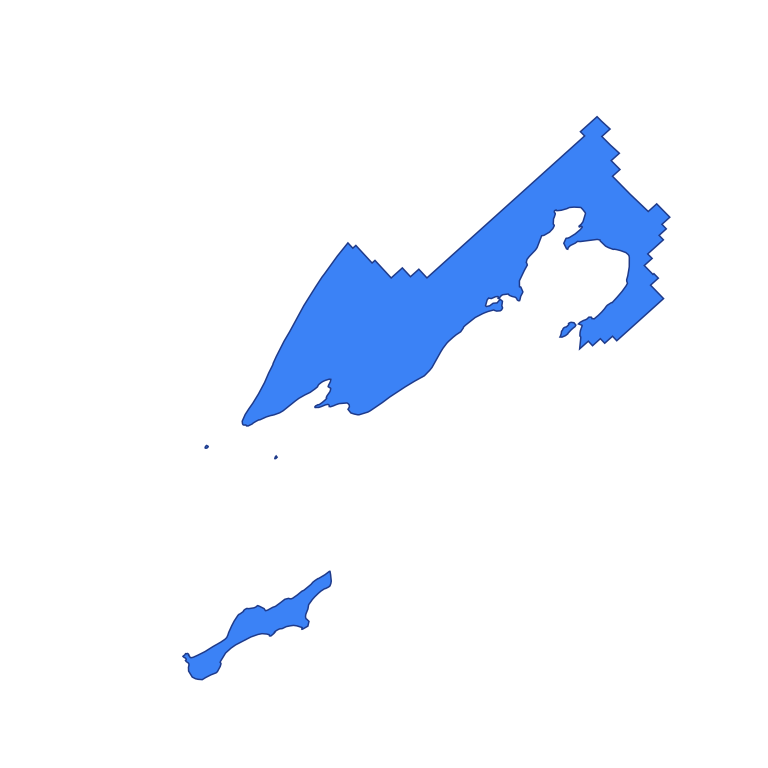 Nome, Alaska, United States of America (Robinson projection), rotated 318°
{"feature_id": "52423323B54983735958036", "entity_name": "Nome", "entity_type": "district", "adm_level": 2, "iso_a3": "USA", "parent_name": "United States of America", "parent_adm1": "Alaska", "projection": "robinson", "projection_center": [-165.641, 64.759], "detail": "fine", "context": "isolated", "style": "filled", "palette": "blue", "viewbox_px": 768, "rotation_deg": 318, "n_neighbors": 0, "source": "geoboundaries", "source_scale": "gbopen_adm2", "svg_char_len": 6112}
<svg xmlns="http://www.w3.org/2000/svg" viewBox="0 0 768 768"><g transform="rotate(318 384 384)"><path d="M451.6,255.0L434.9,257.7L413.1,262.4L409.7,263.0L398.0,266.1L376.9,272.1L348.9,282.0L338.4,285.3L322.3,291.5L315.4,294.5L314.3,295.3L305.6,298.7L296.2,303.0L284.1,307.4L273.6,310.5L267.0,312.0L260.4,313.8L253.7,316.8L252.3,318.8L252.0,319.8L252.4,320.8L253.8,321.9L254.0,322.6L253.8,322.7L253.8,323.2L255.1,324.3L259.3,325.5L260.9,325.5L263.9,326.1L267.1,326.9L267.6,327.5L274.5,329.7L279.3,331.9L279.4,332.1L281.8,333.4L287.2,335.6L291.2,336.4L307.1,337.3L311.2,337.7L318.0,339.2L323.5,340.8L329.8,341.5L332.7,341.6L334.2,340.9L335.5,340.7L338.4,340.9L340.2,341.2L342.7,342.0L346.0,343.5L346.9,344.1L347.6,345.0L345.5,346.5L342.0,347.8L340.7,348.6L341.2,350.6L341.5,351.0L341.5,351.4L341.3,351.8L340.4,352.5L338.8,353.5L333.6,354.7L332.1,355.4L331.9,356.2L330.1,356.5L325.6,356.4L322.3,356.0L321.7,355.8L321.1,355.2L318.5,354.5L317.4,354.7L317.2,354.8L317.1,355.4L319.9,357.8L322.0,358.7L326.7,360.4L328.7,361.6L329.1,362.8L328.7,363.7L328.2,364.1L329.0,365.1L331.9,366.4L334.6,367.3L337.6,368.6L343.8,373.3L344.2,374.7L344.2,376.0L344.0,376.5L342.9,377.9L340.3,378.7L340.0,383.3L341.7,386.3L343.8,389.2L344.9,390.2L353.3,394.1L355.9,394.7L370.5,396.7L379.6,397.5L397.9,400.3L408.8,402.4L419.5,404.9L427.2,404.4L430.8,403.8L447.9,398.0L451.7,396.9L457.9,395.7L460.4,395.5L466.6,395.5L470.6,395.7L475.9,396.5L480.2,395.5L481.3,394.9L483.7,394.8L496.3,395.6L504.3,397.7L506.4,398.4L509.8,399.7L515.1,402.4L515.4,403.3L516.5,405.2L519.4,407.4L520.8,407.6L522.5,407.1L523.1,406.7L523.9,404.7L527.4,401.8L527.0,398.8L522.3,399.4L519.1,397.0L514.9,396.6L512.0,395.0L511.8,393.8L516.8,390.6L519.2,390.1L520.9,392.3L525.4,393.8L527.2,395.2L527.2,395.9L526.1,396.6L526.4,397.3L530.4,396.8L532.0,397.1L536.5,400.2L536.5,402.0L537.8,404.7L539.4,407.0L539.7,407.7L539.8,409.2L539.5,409.9L539.3,410.8L539.6,412.0L540.5,412.8L541.6,412.2L544.3,410.3L548.3,408.8L548.9,408.4L550.4,403.9L550.5,403.3L549.7,402.5L549.8,402.3L553.7,397.9L564.3,393.5L570.1,391.5L570.9,389.8L571.0,388.9L573.6,387.1L577.4,386.4L585.9,385.8L587.9,385.4L589.2,385.0L600.4,379.3L601.7,380.2L602.5,380.6L608.6,381.9L613.4,381.5L614.2,381.2L616.2,380.4L616.7,380.0L616.8,379.8L616.7,378.9L617.1,378.1L620.5,374.7L622.1,374.0L624.7,372.5L625.5,371.7L625.4,370.9L625.7,370.0L626.7,369.3L628.3,369.8L628.1,370.4L629.1,371.4L632.0,373.5L637.1,376.0L639.9,376.9L643.6,379.7L648.4,384.5L648.5,387.1L648.2,391.3L647.7,392.2L640.4,396.6L637.5,397.2L634.5,397.2L634.2,397.8L634.3,398.1L636.3,398.9L636.5,399.6L636.4,400.0L636.0,400.2L633.0,400.6L626.5,400.4L619.8,399.2L618.2,398.6L616.9,397.6L616.1,397.8L611.8,399.7L610.1,405.7L610.7,406.8L612.3,405.9L615.2,405.8L620.5,407.3L623.2,407.5L625.2,409.5L639.2,419.2L640.9,421.5L640.4,422.4L640.9,429.8L642.0,432.7L644.4,437.3L645.3,437.9L646.7,439.6L649.1,443.2L651.7,448.2L652.1,451.2L651.9,452.6L651.0,454.1L644.7,461.0L643.6,461.9L637.7,466.6L634.1,468.9L633.2,470.0L632.3,472.1L629.4,473.1L622.9,474.5L615.3,475.5L608.0,476.2L607.5,475.7L602.8,474.9L601.3,475.0L598.0,475.7L593.9,476.2L589.0,476.4L583.8,476.2L582.3,474.5L582.6,474.2L582.8,473.1L581.0,471.4L578.3,471.5L576.7,471.1L574.6,470.2L571.1,469.4L568.7,469.5L569.2,470.5L570.4,472.7L570.2,473.3L565.8,475.7L564.1,477.0L562.1,479.0L561.7,479.5L561.9,480.1L561.3,481.2L552.9,488.8L564.5,488.9L564.6,495.1L575.1,495.1L575.3,501.4L585.8,501.4L585.9,507.6L648.9,507.6L648.2,488.9L658.7,488.9L658.4,482.6L657.2,482.6L656.7,470.1L667.3,470.1L667.0,463.8L688.1,463.8L687.9,457.6L697.6,457.6L697.4,451.3L708.0,451.3L707.2,432.6L695.8,432.6L693.9,407.5L692.8,382.5L702.9,382.5L702.3,370.0L713.3,370.0L712.1,357.8L711.5,345.8L722.6,345.8L721.5,333.9L721.2,327.9L698.8,327.9L699.1,333.9L486.9,333.9L486.7,322.0L475.5,322.0L475.3,310.0L460.3,310.0L460.0,286.1L456.1,286.1L455.8,262.2L451.7,262.2L451.6,255.0ZM46.7,466.6L45.4,473.5L46.7,476.9L48.2,479.0L51.1,482.1L55.0,482.8L60.7,484.3L66.0,486.3L67.7,486.3L73.3,484.3L75.7,482.8L76.0,482.0L75.9,481.3L76.9,480.7L86.3,477.9L93.6,477.9L99.2,478.6L115.8,482.9L122.8,485.8L126.3,487.9L129.5,491.3L130.9,493.4L130.8,494.0L130.4,494.4L130.6,495.0L131.6,495.6L135.4,495.7L136.1,495.6L135.8,495.4L136.5,495.1L137.6,495.0L140.5,495.5L143.1,496.3L143.3,496.7L144.8,497.7L149.0,498.9L152.4,500.9L155.2,502.8L157.4,505.4L160.2,510.2L160.2,510.3L158.9,511.1L158.9,511.4L159.5,511.7L165.4,513.0L169.4,510.2L169.2,506.9L169.0,506.5L169.1,505.9L169.9,504.5L171.4,503.1L172.6,502.4L176.9,500.3L180.3,497.6L186.6,496.2L190.1,495.8L195.2,495.6L198.7,495.7L201.9,496.2L203.0,496.4L203.7,496.9L207.0,497.8L208.7,497.9L211.0,496.7L212.9,495.2L216.7,490.0L218.5,487.1L218.1,486.7L212.4,486.2L205.0,484.7L204.7,484.4L201.4,483.9L198.5,483.7L195.7,484.1L186.6,483.7L184.2,483.0L178.6,482.8L172.8,482.1L171.4,481.6L171.0,481.3L170.4,480.7L169.6,479.4L166.2,477.6L160.5,477.2L154.5,476.6L151.9,475.5L146.3,474.2L145.3,473.8L144.2,473.1L144.6,470.7L142.8,466.0L141.9,464.2L140.9,464.0L139.5,464.0L137.5,463.3L133.1,460.4L131.9,459.0L130.0,458.5L128.4,458.4L127.9,458.5L127.6,458.9L126.8,458.9L123.2,458.5L122.0,458.1L120.6,458.2L114.1,459.9L109.0,461.8L102.4,464.7L100.0,466.1L97.9,467.0L97.3,467.2L95.0,467.3L89.9,466.6L81.3,464.7L71.6,463.0L64.0,460.9L59.3,459.4L57.6,458.4L57.1,457.8L57.0,457.3L57.4,455.8L57.1,455.1L57.9,454.4L57.9,453.7L57.7,452.8L56.8,452.5L56.5,451.8L56.1,451.6L54.7,452.0L52.6,451.8L52.3,451.9L52.5,453.6L53.0,454.7L53.1,455.4L52.6,456.5L52.3,456.7L51.5,456.6L51.3,457.9L51.9,460.4L51.8,461.2L51.1,462.3L49.1,463.7L46.7,466.6ZM547.5,466.3L546.2,466.8L547.7,468.3L551.3,469.5L554.2,469.7L554.7,469.4L559.2,469.0L562.1,469.0L564.3,469.2L566.0,468.6L566.2,465.6L564.3,463.3L562.8,462.7L561.6,462.5L561.4,462.8L561.5,463.0L561.3,463.3L560.1,463.6L557.6,463.6L556.8,463.0L555.2,462.6L554.2,462.7L552.7,463.4L551.2,463.6L549.6,465.0L547.5,466.3ZM208.7,311.4L208.3,311.8L208.5,312.4L209.5,313.1L211.0,313.1L211.6,312.7L211.1,311.0L210.4,310.9L209.3,311.1L208.7,311.4ZM253.0,366.3L253.0,366.6L253.9,367.0L255.6,366.9L255.7,365.3L254.3,365.5L253.0,366.3Z" fill="#3b82f6" stroke="#1e3a8a" stroke-width="1.5"/></g></svg>